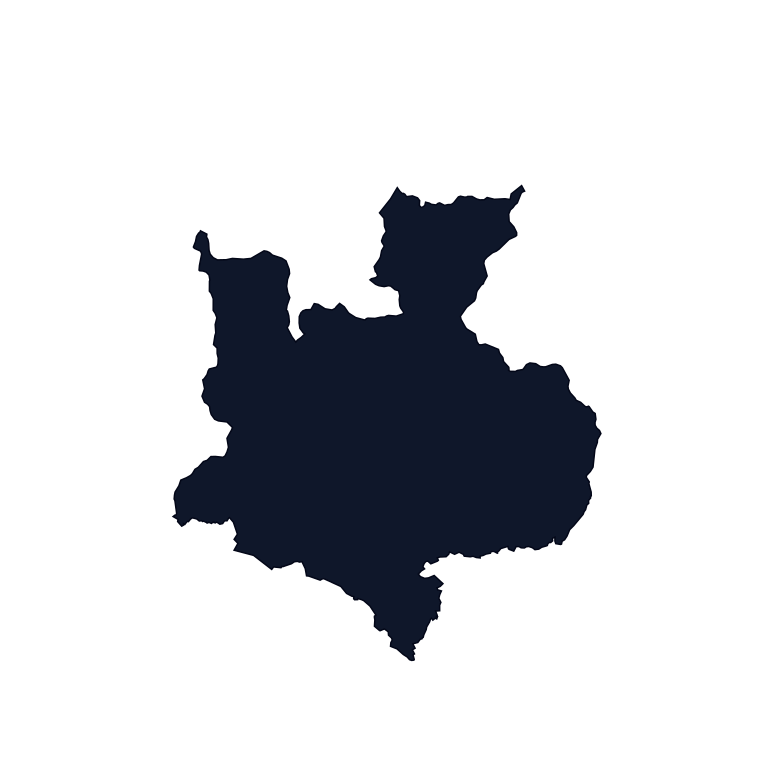 Cosna, Suceava, Romania (orthographic projection), rotated 41°
{"feature_id": "2599482B14560986081360", "entity_name": "Cosna", "entity_type": "district", "adm_level": 2, "iso_a3": "ROU", "parent_name": "Romania", "parent_adm1": "Suceava", "projection": "orthographic", "projection_center": [25.113, 47.426], "detail": "fine", "context": "isolated", "style": "filled", "palette": "ink", "viewbox_px": 768, "rotation_deg": 41, "n_neighbors": 0, "source": "geoboundaries", "source_scale": "gbopen_adm2", "svg_char_len": 6170}
<svg xmlns="http://www.w3.org/2000/svg" viewBox="0 0 768 768"><g transform="rotate(41 384 384)"><path d="M561.0,577.7L567.5,575.4L576.0,575.5L580.6,574.8L584.1,575.3L586.2,574.5L587.7,572.8L587.5,572.0L583.6,569.4L584.1,567.7L579.8,566.0L580.8,563.0L576.2,561.2L579.1,556.9L578.8,552.9L579.8,551.4L579.5,550.5L579.8,549.5L578.6,547.2L577.0,541.7L575.6,539.4L574.5,533.7L573.3,530.8L573.5,529.6L575.8,530.2L576.3,527.1L577.9,526.7L577.0,524.4L576.0,524.8L576.0,523.7L571.9,521.5L574.8,518.6L571.1,514.4L570.2,511.5L566.0,509.8L564.3,506.5L563.1,502.5L559.7,504.1L557.7,503.1L559.2,499.9L559.5,496.0L547.5,495.6L544.8,501.1L542.2,504.0L537.8,505.5L534.6,504.9L534.8,500.5L535.9,496.9L533.3,496.5L532.1,493.2L532.0,490.6L533.3,488.9L537.3,489.0L540.5,482.7L540.7,481.4L538.2,480.2L539.6,478.0L544.2,473.6L544.5,470.0L543.6,467.7L549.0,466.2L551.0,461.7L555.6,460.5L557.5,461.3L562.5,457.8L564.2,455.6L567.5,454.4L570.7,452.2L569.5,450.9L571.4,448.2L572.5,445.5L575.3,441.9L574.8,440.0L576.9,438.2L580.5,437.4L580.6,436.9L579.5,436.6L580.2,434.9L580.1,431.6L584.0,425.3L586.1,426.7L587.0,426.7L591.6,425.0L590.4,420.0L592.6,418.1L594.9,417.7L596.6,416.4L597.6,415.5L598.1,413.6L599.8,411.7L603.4,410.2L606.6,410.0L609.2,407.0L610.1,403.8L613.0,399.3L613.2,398.7L612.4,396.9L612.7,395.2L613.8,394.3L614.2,391.7L612.4,390.0L613.5,387.5L616.1,390.5L618.4,391.8L622.6,389.2L623.0,388.4L621.6,385.8L622.5,383.1L621.9,378.7L619.7,372.1L620.1,366.4L619.8,351.8L618.8,349.1L618.6,346.6L616.5,342.3L616.8,339.8L614.8,337.7L614.7,334.4L613.9,334.0L613.8,332.4L611.2,329.6L604.0,324.8L603.1,323.2L598.1,321.8L596.9,320.4L597.1,314.6L596.3,309.6L586.1,295.0L583.4,288.2L581.5,285.7L580.2,279.1L577.1,277.7L573.5,277.7L570.4,276.6L568.5,274.6L567.1,271.6L562.7,267.7L559.9,268.1L553.7,266.5L552.9,266.6L552.0,268.3L550.4,269.0L544.4,268.8L539.8,270.2L537.2,269.3L530.5,268.5L526.5,266.9L524.3,265.0L521.3,259.7L507.9,254.7L505.3,254.5L500.7,256.3L498.2,258.8L494.7,265.0L493.2,266.4L490.4,268.3L485.2,269.1L480.3,272.4L478.8,275.9L479.3,281.2L479.1,282.2L475.8,286.2L475.0,288.2L470.9,291.7L469.0,291.9L468.8,291.0L467.2,289.5L459.5,288.6L456.4,286.1L450.9,284.9L447.7,282.8L434.2,287.4L431.7,290.7L429.8,292.1L426.3,291.0L420.2,286.5L410.5,288.1L408.6,287.9L399.8,284.7L397.2,282.8L396.0,271.8L397.7,261.8L396.8,258.9L393.9,254.4L393.1,252.3L392.5,245.4L393.2,243.2L392.4,241.4L391.0,234.8L380.3,227.7L378.5,224.7L378.5,220.6L379.8,213.7L381.6,210.0L382.4,206.6L383.5,192.9L386.4,186.3L386.6,184.8L384.8,182.7L378.9,180.2L371.9,179.3L366.6,173.9L365.2,169.7L365.6,166.1L365.3,163.1L365.8,159.9L362.4,150.1L362.5,148.4L363.6,146.2L357.7,144.0L355.3,157.1L358.1,162.0L353.8,164.8L346.1,172.2L339.5,175.6L338.7,179.3L335.6,182.1L332.5,183.6L327.3,184.7L324.1,187.5L323.6,188.8L322.2,190.1L318.5,192.1L317.4,194.0L317.7,201.7L317.0,204.4L314.5,206.7L312.6,209.4L307.2,210.8L306.3,212.1L305.8,214.7L301.9,217.3L299.4,217.8L296.1,219.5L297.7,222.6L297.0,225.3L296.1,226.4L293.5,226.0L290.6,222.2L287.2,221.5L282.0,223.4L278.1,227.8L275.3,227.1L273.6,227.4L272.7,228.3L269.6,228.2L265.2,227.1L267.5,240.0L268.3,257.8L275.3,258.9L281.0,264.8L284.9,266.9L285.7,267.7L286.3,272.6L288.2,277.5L289.5,278.4L293.7,279.7L294.7,284.9L298.0,290.5L298.7,293.3L299.6,301.9L303.9,304.9L305.1,304.7L308.5,306.7L307.9,309.3L305.4,312.8L305.1,314.6L312.2,314.3L315.8,313.1L320.2,310.4L322.9,306.9L324.8,305.7L330.5,305.6L333.8,304.0L338.0,307.0L340.1,310.3L344.6,314.6L346.7,315.7L351.5,316.9L352.5,318.3L348.7,324.7L342.4,329.3L341.2,331.2L340.9,332.7L337.6,335.8L334.2,340.4L328.6,344.9L327.8,346.3L327.7,348.0L326.9,348.6L319.1,352.4L312.7,353.4L310.6,353.6L303.4,351.8L297.6,352.3L297.3,356.8L297.5,359.1L296.2,362.2L290.2,365.9L282.0,367.1L278.6,369.1L280.0,375.8L276.3,379.2L274.8,381.9L274.6,384.8L275.8,388.7L279.9,393.6L283.9,397.1L289.5,398.4L291.4,398.2L290.9,403.4L289.9,407.5L289.9,410.2L283.7,408.8L274.0,405.0L273.3,401.7L271.7,399.1L267.5,395.1L263.3,392.3L261.9,392.4L259.3,388.3L256.2,380.6L251.4,378.1L246.4,374.1L242.6,368.4L240.3,362.6L237.1,359.6L229.3,355.4L224.3,356.1L215.3,359.9L211.4,359.9L208.6,360.7L206.1,362.2L201.2,376.5L196.0,382.0L187.2,388.7L183.4,393.7L176.9,399.6L172.2,400.7L167.6,400.0L164.3,397.9L159.3,392.8L156.3,390.5L153.6,389.5L152.0,387.1L145.0,388.8L145.4,389.8L145.1,391.9L145.7,395.6L148.3,400.2L150.3,405.7L151.9,406.0L158.2,404.1L160.0,404.8L161.2,405.7L167.0,415.7L169.7,419.4L170.5,419.5L173.4,417.4L176.5,416.2L180.5,416.6L184.4,419.8L184.8,420.9L191.3,428.5L194.1,429.0L199.2,431.7L206.8,440.5L210.2,441.4L214.4,443.6L217.6,449.9L223.5,455.8L224.6,458.3L229.5,466.1L234.5,466.4L238.1,470.5L241.9,473.2L245.3,477.5L246.2,479.2L246.5,481.2L242.3,487.3L242.7,489.5L244.3,493.0L244.8,498.1L244.5,499.8L251.7,505.3L254.6,512.6L260.5,515.5L264.1,515.0L267.2,515.5L270.2,518.2L273.7,520.4L279.3,521.7L283.2,520.5L290.4,515.7L298.2,516.2L299.1,518.7L301.1,528.0L308.1,533.8L310.1,538.3L311.2,542.5L310.6,544.9L304.3,549.3L301.0,552.3L300.6,557.6L298.6,561.0L298.5,568.7L297.3,572.4L298.2,577.4L298.0,580.0L296.4,584.4L293.7,589.8L296.0,595.4L297.2,602.6L298.8,605.4L301.1,608.5L302.7,609.2L312.4,617.7L313.0,619.1L312.2,620.2L311.8,622.4L317.4,621.3L318.5,623.2L324.6,624.0L325.3,622.0L324.3,620.9L325.8,620.7L325.6,616.8L326.7,616.2L326.6,612.9L327.2,610.7L331.2,608.7L334.5,608.6L335.9,606.9L337.3,606.8L337.9,605.8L340.2,605.2L340.6,604.6L341.3,605.1L342.1,604.6L342.5,603.3L345.3,602.4L345.5,600.7L346.0,600.6L346.2,599.7L347.7,599.7L348.4,597.9L352.1,597.5L353.8,595.2L353.4,591.9L355.3,590.2L354.7,586.9L354.9,586.2L361.0,587.1L371.9,593.5L372.8,599.6L378.3,600.1L379.9,607.8L398.0,598.9L420.9,597.6L420.7,594.5L426.8,590.2L426.6,588.6L427.5,588.2L432.1,580.3L433.0,576.9L435.1,574.6L437.0,573.9L438.6,571.9L445.7,575.0L451.4,579.6L453.3,578.3L464.5,573.9L465.3,571.6L466.3,570.4L484.3,565.1L493.1,566.6L499.1,565.2L500.7,564.2L502.0,566.0L503.4,566.1L505.6,564.0L505.0,563.0L508.8,561.4L510.8,560.8L519.1,560.8L529.5,563.7L529.1,565.5L529.7,566.3L531.9,568.1L535.7,573.1L542.4,573.0L542.9,572.8L545.0,568.6L549.7,568.2L552.2,570.6L556.1,570.7L557.6,571.4L558.3,572.2L558.8,574.6L561.0,577.7Z" fill="#0f172a" stroke="#020617" stroke-width="1.5"/></g></svg>